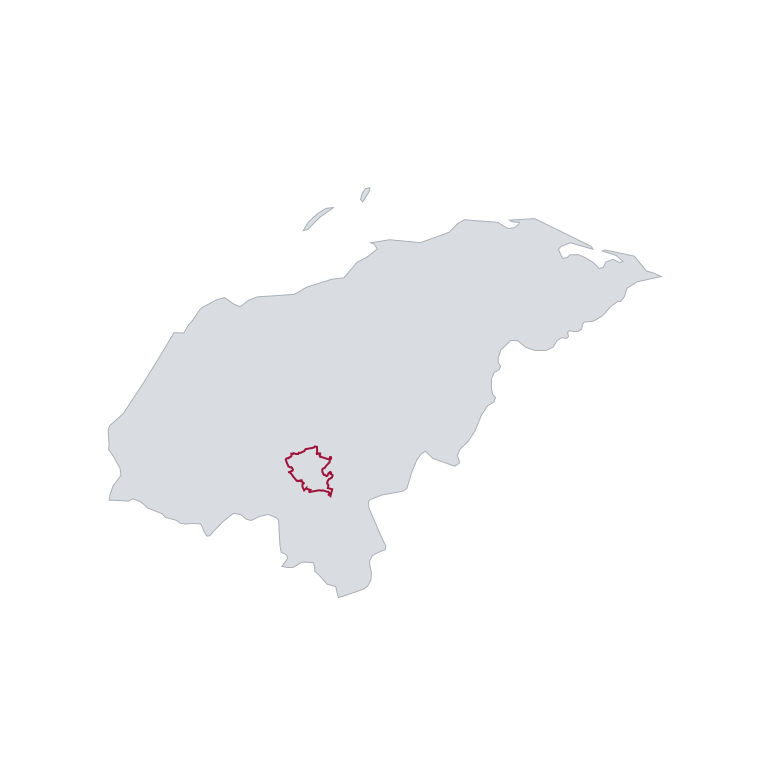 Distrito Central, Francisco Morazán, Honduras shown in context, rotated 344°
{"feature_id": "27666195B1179860840093", "entity_name": "Distrito Central", "entity_type": "district", "adm_level": 2, "iso_a3": "HND", "parent_name": "Honduras", "parent_adm1": "Francisco Morazán", "projection": "robinson", "projection_center": [-87.243, 14.133], "detail": "fine", "context": "in_parent", "style": "outline", "palette": "rose", "viewbox_px": 768, "rotation_deg": 344, "n_neighbors": 0, "source": "geoboundaries", "source_scale": "gbopen_adm2", "svg_char_len": 6706}
<svg xmlns="http://www.w3.org/2000/svg" viewBox="0 0 768 768"><g transform="rotate(344 384 384)"><path d="M680.2,357.1L655.6,355.5L644.0,358.9L639.0,366.4L634.6,369.8L631.0,369.1L623.6,372.0L612.5,378.8L602.5,381.3L593.6,379.7L591.0,381.3L590.3,383.6L589.0,385.7L585.5,386.9L581.5,386.2L577.0,383.9L574.7,384.9L574.4,389.3L572.0,390.5L567.5,388.4L562.3,390.0L556.6,395.2L548.6,396.4L538.2,393.3L530.2,387.6L524.5,379.2L517.7,377.1L505.8,383.4L500.8,390.7L499.8,395.1L500.9,399.2L498.8,401.9L493.2,403.2L489.0,408.2L486.2,416.7L485.6,423.4L487.4,428.0L484.6,431.5L477.4,433.7L468.8,441.1L459.0,453.6L449.2,462.4L439.4,467.4L434.7,472.9L435.1,479.0L434.5,480.9L432.6,481.6L429.4,482.5L410.6,469.2L405.2,460.0L400.5,461.4L394.6,466.1L386.3,476.5L377.3,490.6L373.0,492.2L350.7,490.1L338.9,491.3L336.5,493.2L335.4,498.4L336.1,505.3L339.3,530.2L341.1,540.4L339.4,543.6L333.4,544.1L325.6,545.6L321.3,550.2L320.3,555.1L319.9,561.8L317.4,568.8L312.6,573.8L307.8,575.6L281.2,576.9L281.7,565.4L274.0,560.7L269.6,551.1L265.8,544.6L267.1,540.7L266.7,536.1L255.9,532.6L245.7,535.3L239.9,533.5L235.6,531.1L243.0,525.4L243.5,521.9L241.1,519.4L238.7,517.7L239.4,511.3L241.0,503.7L245.1,485.9L243.6,482.8L236.8,477.5L228.2,477.0L218.7,478.6L214.2,475.9L210.2,469.8L203.5,466.9L191.5,471.8L178.8,479.1L175.0,481.8L171.8,481.4L170.3,475.9L169.7,469.4L168.9,467.8L162.2,465.5L154.3,463.8L150.3,462.0L146.5,457.6L137.1,451.9L134.9,447.6L122.4,437.9L119.8,433.1L116.9,429.6L110.9,425.1L106.2,426.2L90.2,420.6L87.8,420.1L90.0,415.2L95.1,407.6L106.0,399.3L107.0,392.4L104.1,379.4L101.3,371.0L102.8,367.2L106.3,352.0L108.9,348.4L124.8,340.8L126.3,339.7L138.8,328.9L152.7,317.0L167.2,303.8L183.3,289.1L192.2,280.5L196.3,276.8L205.6,279.8L212.9,272.9L217.1,270.5L226.9,262.2L230.0,260.4L246.5,256.9L254.5,257.0L261.4,265.5L267.0,270.1L277.4,266.1L286.1,265.3L322.2,273.1L336.6,269.6L362.9,268.9L374.7,270.9L391.4,259.7L402.2,257.5L414.8,252.3L413.1,246.9L410.1,244.6L429.3,246.9L457.9,258.2L488.4,256.1L499.4,250.0L506.5,248.3L537.8,259.9L546.1,268.8L552.5,269.7L557.5,267.6L558.8,265.8L552.6,263.9L549.8,261.1L574.5,266.6L621.0,308.7L622.0,312.1L602.1,299.6L591.7,300.6L588.9,302.6L589.6,309.4L590.5,312.6L595.0,312.9L598.3,311.1L606.5,313.3L612.0,317.8L618.6,324.8L622.6,332.3L626.8,332.4L631.0,327.9L638.8,327.3L644.0,332.4L647.6,332.1L642.5,324.3L630.5,316.5L633.4,316.1L659.9,330.1L667.4,347.7L673.7,351.7L680.2,357.1ZM368.6,205.9L353.4,214.4L348.6,214.3L355.6,207.7L366.9,202.0L376.4,199.2L384.3,200.4L368.6,205.9ZM420.9,196.8L413.7,203.1L412.3,200.3L415.8,194.4L420.2,191.1L424.4,191.4L423.4,194.0L420.9,196.8Z" fill="#d9dde1" stroke="#a8b0b8" stroke-width="1"/><path d="M268.3,442.6L269.4,443.5L270.5,445.5L270.6,445.8L270.7,446.1L270.8,446.2L270.9,446.4L270.9,446.5L270.8,446.8L270.8,447.0L270.9,447.3L273.4,452.9L273.5,452.9L273.6,453.0L273.8,453.0L274.0,453.0L274.3,453.5L274.5,453.5L275.0,453.8L275.3,453.7L275.5,453.7L275.8,453.5L276.1,453.6L276.3,453.8L276.5,454.0L276.9,454.2L277.0,454.3L277.1,454.2L277.3,454.0L277.3,453.9L277.3,453.7L277.5,453.6L277.8,453.7L278.1,453.8L278.4,453.9L278.4,454.0L278.2,454.3L278.2,454.5L278.2,454.8L278.0,455.0L279.6,457.1L279.6,457.3L279.4,457.5L279.1,457.6L278.8,457.6L278.7,457.6L278.4,457.9L278.2,458.0L278.1,457.9L277.8,458.2L277.3,460.4L277.9,464.2L280.7,462.6L280.5,463.2L280.6,463.4L282.0,464.2L282.1,464.4L282.3,464.4L282.7,464.7L282.8,464.8L283.1,464.9L283.3,465.0L283.5,465.1L283.7,465.3L283.8,465.5L284.0,465.6L283.7,465.8L283.3,466.0L283.1,466.0L283.0,466.3L282.7,466.5L282.4,467.0L282.5,467.1L282.6,467.3L289.6,468.0L291.0,468.1L292.3,468.4L292.6,468.4L292.9,468.4L293.9,469.0L294.1,469.1L294.3,469.2L294.4,469.3L294.7,469.4L295.5,469.4L295.9,469.4L296.0,469.4L296.1,469.5L299.8,472.0L300.2,472.1L300.4,472.2L300.6,472.3L300.8,472.3L300.9,472.5L300.9,472.8L301.0,472.9L301.2,473.0L301.3,473.3L301.3,473.5L301.1,474.1L301.0,474.3L300.9,474.6L300.6,474.7L300.5,474.8L300.3,475.0L300.2,475.1L301.6,477.0L305.2,470.9L301.3,468.6L301.4,468.4L301.5,468.1L301.9,467.5L302.1,467.2L302.3,467.0L302.4,466.5L302.5,466.4L302.5,466.0L302.6,465.8L302.5,465.7L302.5,465.3L302.4,465.2L302.2,464.9L302.1,464.6L302.1,464.4L301.9,464.0L301.9,463.7L302.0,463.6L302.3,463.2L302.5,463.1L302.6,462.8L302.7,462.5L302.8,462.1L303.0,461.9L303.2,461.7L303.4,461.5L303.4,461.4L303.5,461.3L303.9,461.0L304.4,460.7L304.7,460.5L304.9,460.4L305.0,460.3L305.1,460.1L306.4,460.2L307.1,459.7L308.3,459.4L309.5,457.5L308.1,455.9L307.9,455.7L308.0,455.5L308.2,455.3L308.4,455.2L308.5,455.0L308.6,454.8L308.6,454.6L308.6,454.4L308.6,454.2L308.4,454.0L308.3,453.9L308.1,453.9L308.0,453.7L307.9,453.7L307.8,453.8L307.7,454.0L307.3,454.2L307.2,454.2L306.7,454.2L306.6,454.3L306.3,454.4L306.2,454.6L305.9,454.7L304.3,456.5L304.2,456.5L303.8,456.6L303.5,456.7L303.3,456.7L303.2,456.7L302.3,455.4L302.2,455.2L301.8,455.0L301.6,454.9L301.3,454.7L301.1,454.7L301.0,454.3L300.9,453.6L300.5,451.5L301.0,449.5L301.7,448.6L304.0,448.3L306.1,446.5L310.2,444.2L310.3,443.8L310.4,443.5L310.5,443.4L310.5,443.1L310.6,442.9L310.8,442.3L310.8,442.2L311.1,442.1L311.4,441.9L311.8,441.7L312.2,441.4L312.4,441.0L312.5,440.9L312.8,440.8L312.9,440.5L312.8,439.6L311.9,439.4L310.9,441.7L303.1,436.5L303.1,436.4L302.8,436.4L302.7,436.5L302.6,436.4L302.5,436.2L302.4,436.1L302.4,435.8L302.5,435.7L302.4,435.2L302.4,434.9L302.5,434.7L302.7,434.3L303.3,433.8L303.3,433.6L303.5,433.3L303.5,433.2L303.3,433.1L303.2,433.0L302.9,433.0L302.6,433.0L302.4,433.0L302.1,432.9L301.9,432.9L301.8,432.7L301.7,432.7L301.3,432.8L300.9,432.9L300.4,432.8L300.2,432.8L300.2,432.7L300.1,432.4L300.2,432.2L300.4,432.2L300.6,431.9L300.6,431.7L301.0,431.4L301.1,430.8L301.1,430.7L301.1,430.4L301.1,430.2L301.2,429.9L301.4,429.4L301.5,429.1L301.6,428.6L301.7,427.9L301.7,427.5L301.7,427.4L302.2,426.0L300.3,425.0L298.6,425.8L290.7,425.0L289.6,425.9L288.5,426.7L286.9,426.7L286.0,427.1L284.0,427.1L283.1,426.6L282.2,427.7L279.6,426.8L279.1,426.2L278.8,426.1L278.7,426.0L278.4,425.8L278.2,425.7L278.2,425.8L277.9,425.9L277.9,426.0L277.3,426.1L277.1,426.2L276.6,426.1L276.2,426.0L276.0,425.9L275.9,425.8L275.7,425.6L275.2,427.5L275.0,427.9L274.8,428.1L274.7,428.1L274.4,428.1L274.2,428.2L274.0,428.3L273.9,428.3L273.7,428.3L273.4,428.4L273.2,428.5L272.9,428.5L272.7,428.6L272.3,428.5L272.2,428.6L271.9,429.0L271.7,429.1L271.2,428.9L270.8,428.9L270.5,428.7L270.4,428.6L270.0,428.8L269.4,428.9L269.1,429.0L268.9,429.3L268.8,429.6L268.7,429.9L268.9,433.2L269.4,436.6L269.4,436.8L269.5,436.9L269.5,437.0L269.8,437.2L270.1,437.4L270.2,437.5L270.4,437.7L270.6,437.9L270.8,438.1L271.0,438.3L271.3,438.5L271.6,438.5L271.8,438.5L272.0,438.5L272.1,438.8L272.4,439.1L272.9,441.1L272.1,442.2L268.3,442.5L268.3,442.6Z" fill="none" stroke="#9f1239" stroke-width="2"/></g></svg>